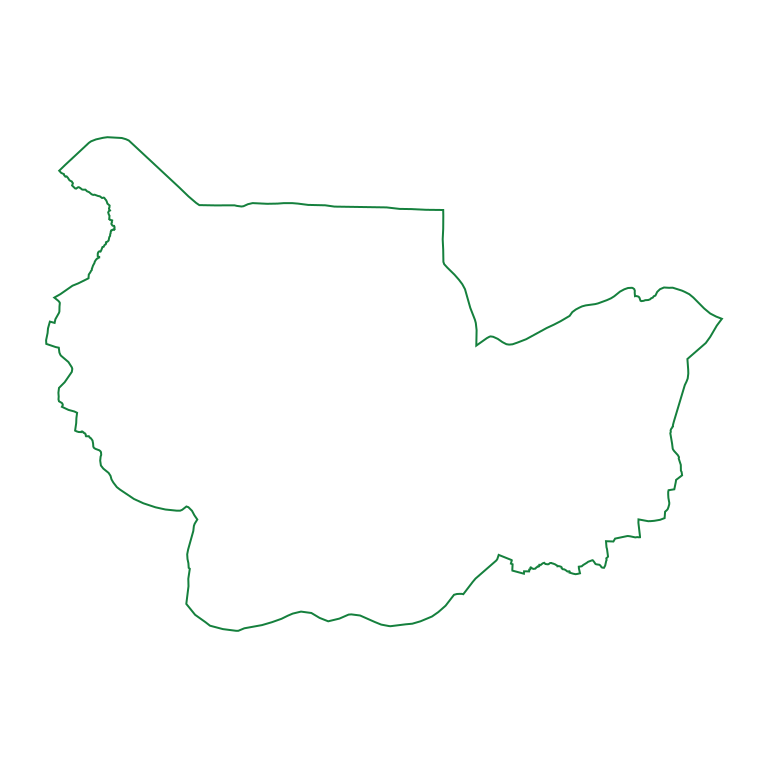 Nong Hong, Buri Ram, Thailand
{"feature_id": "78962969B41390045790021", "entity_name": "Nong Hong", "entity_type": "district", "adm_level": 2, "iso_a3": "THA", "parent_name": "Thailand", "parent_adm1": "Buri Ram", "projection": "natural_earth1", "projection_center": [102.637, 14.875], "detail": "fine", "context": "isolated", "style": "outline", "palette": "green", "viewbox_px": 768, "rotation_deg": 0, "n_neighbors": 0, "source": "geoboundaries", "source_scale": "gbopen_adm2", "svg_char_len": 6005}
<svg xmlns="http://www.w3.org/2000/svg" viewBox="0 0 768 768"><path d="M75.1,430.6L76.7,431.4L78.7,432.0L81.2,432.1L81.5,431.5L82.4,431.5L82.8,432.0L83.4,432.2L83.6,432.8L84.9,433.3L85.1,433.8L85.7,434.3L85.8,435.9L86.1,436.3L88.8,436.2L89.8,437.7L90.4,437.8L91.2,438.7L92.5,440.5L93.1,443.6L93.3,446.6L93.8,447.7L95.3,448.8L99.3,450.3L100.3,451.1L101.0,452.2L101.2,454.9L100.6,456.6L100.2,460.6L100.9,465.5L103.3,468.6L108.6,472.9L110.5,475.8L111.5,479.4L113.3,482.5L116.8,487.1L120.0,489.6L134.0,499.0L143.4,503.3L155.5,507.3L165.4,509.5L177.0,510.7L180.1,510.7L182.2,509.8L186.4,506.5L188.4,507.2L192.0,510.8L194.4,515.3L197.3,519.5L194.7,523.7L193.9,525.9L193.3,531.0L188.1,549.6L187.2,554.3L187.5,559.0L188.4,563.2L188.7,567.8L189.8,568.8L188.3,578.8L188.5,586.2L186.3,603.9L195.1,614.8L205.5,622.2L210.0,625.7L222.9,629.1L236.1,630.8L238.3,630.8L244.3,628.3L262.0,625.1L271.9,622.2L281.5,618.8L287.8,615.7L292.7,613.6L301.0,611.6L311.4,613.0L319.6,617.9L328.2,621.3L339.4,618.6L348.6,614.6L351.4,614.4L360.1,615.5L374.8,622.0L381.2,624.6L389.2,626.1L390.5,626.2L405.8,624.3L412.3,623.7L420.5,621.3L432.0,616.5L438.3,612.1L445.6,605.7L454.0,594.8L456.9,594.0L458.9,593.9L462.0,593.9L463.3,594.2L472.8,581.8L475.5,578.6L496.3,560.5L497.3,559.1L498.7,554.9L511.7,560.1L511.8,560.4L510.9,563.6L512.6,564.3L512.3,569.6L512.4,570.6L523.9,573.7L524.1,571.3L529.1,571.4L529.2,569.6L530.2,569.4L530.4,567.7L530.6,567.4L531.1,567.5L532.3,568.5L533.4,568.9L535.4,568.6L536.3,567.5L537.2,567.0L537.6,566.4L538.6,566.6L539.2,566.2L539.3,565.9L539.2,565.1L539.3,564.8L540.8,564.9L542.6,563.4L544.2,562.8L545.4,564.0L547.6,564.3L548.5,564.2L550.2,563.0L551.6,563.0L552.1,563.4L553.2,563.6L555.4,564.5L556.5,565.3L557.4,565.7L557.5,566.3L558.9,566.1L560.9,566.7L561.7,567.4L561.7,568.4L562.4,568.8L562.7,569.2L564.4,569.4L565.9,570.3L567.4,571.5L569.5,571.3L569.7,571.6L569.5,572.6L573.2,573.7L575.6,574.2L577.5,573.9L580.0,573.3L578.9,568.4L578.8,566.7L581.7,566.3L583.2,565.0L586.8,562.8L588.1,561.8L592.4,560.2L592.8,560.3L594.1,561.9L595.5,564.0L596.3,564.3L599.5,564.8L600.4,565.6L601.6,567.3L602.3,567.6L604.0,567.8L605.2,565.5L606.2,560.9L606.6,560.1L606.3,558.3L607.6,557.2L608.0,556.5L607.0,549.0L606.5,547.3L606.0,541.2L613.4,541.5L615.1,538.6L626.6,536.2L627.8,536.0L630.1,536.3L635.3,537.4L637.2,537.1L638.9,537.3L640.0,537.2L640.0,536.4L638.4,522.8L638.5,519.4L648.2,521.2L650.9,521.1L654.3,520.8L660.1,519.8L664.6,518.1L665.1,511.7L666.8,510.2L667.6,509.3L668.4,507.3L669.2,504.4L669.3,502.9L668.4,497.9L668.2,494.4L668.2,491.9L668.6,490.2L674.3,489.3L675.7,482.5L676.1,479.9L682.1,475.3L681.6,472.0L680.9,470.6L680.8,464.9L678.7,458.5L679.0,457.2L677.9,455.2L674.1,451.0L673.0,449.4L672.7,448.6L672.1,443.7L670.3,433.2L670.8,431.9L670.6,430.6L670.9,429.5L671.5,428.4L672.3,427.5L672.4,426.9L673.0,426.4L672.9,425.2L673.8,421.8L684.8,385.1L686.5,381.6L687.7,378.5L688.3,373.6L688.2,369.8L687.4,359.0L705.8,343.0L710.2,336.9L716.8,325.6L721.9,318.8L716.2,316.6L710.2,313.5L704.2,308.5L693.3,297.5L689.3,294.2L684.8,291.9L681.9,290.6L672.7,287.7L669.0,287.8L664.0,287.5L660.0,289.2L657.2,291.9L655.4,295.6L653.7,296.3L652.8,297.6L651.1,298.3L650.3,299.2L648.3,300.0L645.2,300.2L643.7,300.8L641.3,301.1L640.5,300.7L639.4,297.6L638.7,296.8L637.9,296.4L635.9,296.0L635.0,296.2L634.7,292.7L634.8,290.7L634.2,289.1L633.0,288.2L632.0,287.8L628.0,288.0L624.3,289.3L620.0,291.6L614.2,296.3L611.0,298.3L607.0,300.1L598.0,303.4L595.2,304.1L585.7,305.4L582.0,306.4L579.2,307.7L575.8,309.5L572.3,312.1L569.6,315.9L560.6,321.2L553.8,324.7L546.7,328.0L526.2,339.2L517.4,342.6L512.5,344.3L509.1,344.6L506.4,344.2L502.4,342.1L497.8,338.9L493.2,336.8L490.6,336.4L489.5,336.7L486.9,338.1L476.3,345.6L476.6,330.1L475.8,323.0L474.9,319.7L470.3,307.9L465.0,289.2L462.3,284.2L458.9,279.7L454.5,274.7L447.2,267.5L444.2,264.2L443.4,261.9L443.2,249.6L442.7,239.3L443.2,229.0L443.3,215.8L443.2,210.0L426.2,209.8L411.7,209.1L399.6,208.9L386.5,207.4L334.5,206.6L325.2,205.3L308.1,204.9L297.9,203.6L291.9,203.1L284.1,203.1L277.5,203.6L267.2,203.8L252.6,203.1L247.9,204.2L243.5,206.2L241.5,206.5L236.9,205.9L234.4,205.3L215.7,205.4L199.3,205.1L196.1,202.9L188.5,196.4L179.3,187.5L128.8,140.5L125.9,139.2L121.8,138.0L107.4,137.2L103.1,137.8L96.0,139.4L91.1,141.3L88.8,142.9L65.1,165.0L59.2,170.7L61.2,172.9L64.0,174.2L64.2,175.4L64.9,175.9L65.3,176.6L65.7,176.7L66.6,176.4L67.8,177.7L69.5,180.3L71.9,181.6L72.2,182.3L72.9,183.2L72.1,185.5L75.1,188.4L76.2,188.6L77.8,187.4L78.8,187.2L80.4,188.1L81.9,189.4L83.0,189.7L85.5,189.7L86.9,191.2L89.2,192.2L91.4,194.1L92.3,194.6L93.4,194.9L94.6,194.7L98.1,196.0L99.8,196.3L102.1,198.0L103.8,197.6L104.4,198.0L105.3,199.3L106.2,200.3L107.0,202.2L107.4,203.6L109.6,205.5L109.4,207.6L109.0,208.2L109.0,208.9L110.0,210.5L108.9,211.0L108.2,212.4L108.8,214.5L109.5,215.7L109.2,219.2L109.7,219.4L109.9,219.8L110.5,219.8L111.3,220.2L112.2,220.4L112.2,220.7L111.8,221.2L111.9,222.6L111.4,223.3L111.4,224.0L112.4,225.5L113.0,225.8L114.1,225.9L114.6,227.2L114.2,228.3L114.7,229.1L114.1,229.9L112.7,229.7L112.2,230.2L111.7,230.1L111.1,230.5L111.0,231.4L110.7,231.8L110.6,233.4L110.2,234.1L110.1,235.9L109.3,237.1L108.6,240.5L107.4,241.7L106.2,242.0L105.9,242.7L106.1,243.6L105.6,244.4L104.7,244.8L103.6,246.8L102.5,247.0L101.1,250.6L100.5,251.6L99.3,251.3L98.2,252.3L97.8,253.5L97.7,256.1L98.2,256.6L99.2,256.9L99.2,257.5L98.4,257.7L97.6,258.5L96.9,258.7L95.8,260.0L94.8,261.6L94.4,263.1L93.0,265.6L92.2,268.0L91.9,268.5L91.8,270.0L90.9,271.1L90.4,272.2L88.8,274.5L88.5,278.3L78.2,283.4L72.5,285.7L60.3,294.2L54.3,297.6L58.4,300.9L59.7,302.5L59.8,303.4L59.5,306.5L59.4,311.5L59.0,312.8L55.4,319.2L54.6,322.9L49.9,321.6L48.0,328.4L47.6,333.0L46.1,340.2L46.3,343.9L55.8,347.1L58.8,347.7L59.4,352.6L60.4,354.9L61.1,355.8L68.4,362.0L71.8,367.3L72.3,368.9L71.8,371.9L64.7,382.2L59.0,387.9L58.4,392.8L58.7,396.6L58.5,399.4L59.0,401.3L61.9,403.0L62.6,404.1L62.8,404.9L62.7,405.3L61.9,406.8L68.5,409.9L74.4,411.5L77.1,412.8L76.4,418.1L76.2,423.1L75.1,430.6Z" fill="none" stroke="#15803d" stroke-width="2"/></svg>